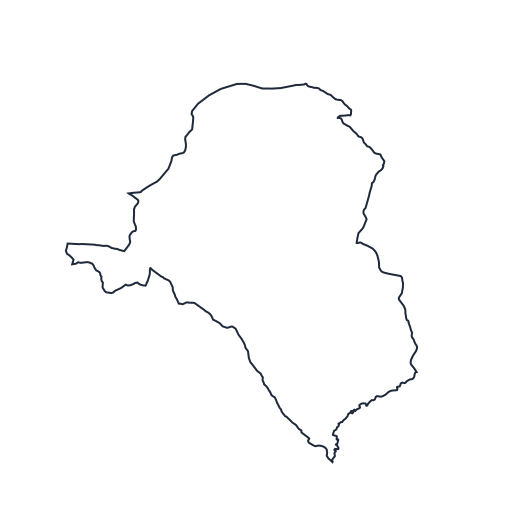 outline of Mandera North, North-Eastern, Kenya, rotated 105°
{"feature_id": "3690345B80624826839047", "entity_name": "Mandera North", "entity_type": "district", "adm_level": 2, "iso_a3": "KEN", "parent_name": "Kenya", "parent_adm1": "North-Eastern", "projection": "orthographic", "projection_center": [40.826, 3.604], "detail": "fine", "context": "isolated", "style": "outline", "palette": "slate", "viewbox_px": 512, "rotation_deg": 105, "n_neighbors": 0, "source": "geoboundaries", "source_scale": "gbopen_adm2", "svg_char_len": 6069}
<svg xmlns="http://www.w3.org/2000/svg" viewBox="0 0 512 512"><g transform="rotate(105 256 256)"><path d="M84.2,212.3L83.4,214.4L83.9,217.1L84.0,219.7L82.4,223.3L81.1,225.5L81.0,228.7L79.2,234.1L79.0,236.6L77.9,238.5L77.8,240.2L78.5,243.7L78.4,246.0L78.6,248.3L78.4,249.8L77.5,251.3L76.8,251.6L76.7,252.7L78.0,254.1L78.5,255.7L79.3,257.6L80.6,262.1L81.2,262.9L87.4,275.6L90.1,283.7L92.6,293.4L92.2,302.3L92.4,310.5L94.7,318.9L103.7,333.2L112.8,342.8L123.9,351.4L132.4,355.2L135.5,355.0L137.5,352.9L138.7,352.4L141.5,351.8L150.0,350.5L150.9,350.8L153.0,352.2L159.3,355.0L161.7,354.6L166.2,352.6L168.5,352.0L170.5,351.8L172.6,351.8L174.8,352.5L176.0,354.3L176.8,356.0L177.6,357.3L178.5,358.2L180.4,362.0L182.5,362.6L186.3,362.3L194.5,363.2L198.0,364.9L206.8,369.0L209.7,370.8L214.2,375.6L218.3,379.5L222.6,383.2L223.9,383.7L224.5,384.7L226.5,390.3L228.5,395.2L229.0,393.9L229.2,392.4L232.1,385.2L232.7,384.1L234.3,383.7L235.7,383.8L239.8,385.7L242.5,385.9L247.3,384.6L253.7,383.2L255.3,382.3L258.5,379.8L260.8,378.9L261.8,378.8L263.0,379.0L263.8,380.8L265.1,382.0L268.2,383.2L269.8,383.3L272.8,382.2L274.2,381.4L275.7,381.2L277.7,381.4L285.4,384.5L285.5,389.3L285.1,391.9L285.5,394.3L285.6,397.6L284.8,400.5L284.8,402.9L285.9,406.7L286.2,410.5L286.8,412.8L286.8,414.7L289.5,427.4L290.4,430.0L292.5,440.2L292.8,441.2L296.5,440.9L300.3,440.9L302.7,439.2L303.7,436.4L305.1,433.7L306.8,431.3L311.6,431.4L309.9,427.7L308.2,426.4L308.1,426.1L308.0,423.5L305.6,417.5L305.4,415.6L305.8,412.2L307.0,410.6L309.2,408.9L311.2,406.7L311.8,403.9L312.3,402.8L313.2,402.0L314.8,401.3L315.4,400.8L315.9,399.9L318.3,399.5L320.0,398.6L321.4,397.0L325.2,396.3L326.3,395.9L329.2,392.8L329.8,391.1L329.2,385.9L328.1,384.4L326.0,383.1L322.0,378.2L317.3,374.4L317.7,372.8L317.3,371.1L316.7,369.6L314.4,366.7L313.2,365.7L312.9,364.6L312.3,363.8L313.1,362.2L313.6,360.1L313.6,357.3L313.2,355.0L312.0,354.7L309.7,354.6L308.9,354.2L302.0,353.9L300.4,354.0L297.0,354.9L295.2,355.0L295.0,354.7L295.8,353.4L296.7,351.5L300.4,342.0L300.6,340.1L301.5,338.7L301.5,337.9L301.7,337.3L302.1,334.2L303.0,332.4L307.7,328.4L311.0,327.3L314.4,324.4L316.2,323.4L318.3,321.2L322.0,318.3L322.0,318.0L321.6,316.6L321.6,314.4L319.0,311.3L318.6,310.5L318.4,308.5L317.4,304.5L317.4,303.0L321.2,292.8L322.4,290.2L322.9,288.0L323.5,286.4L324.2,285.1L325.3,283.6L328.6,281.0L329.2,277.8L330.1,274.3L330.6,273.1L332.5,270.2L332.8,267.2L332.8,265.4L332.4,264.4L330.6,261.8L330.3,260.5L331.1,257.9L331.6,256.8L332.6,255.9L335.7,253.3L337.0,252.0L339.6,248.7L342.3,245.9L344.2,244.2L347.6,242.2L349.6,239.6L350.5,238.9L356.4,236.5L360.1,233.9L361.6,231.7L366.8,225.0L368.2,221.3L370.7,219.0L371.4,218.0L372.3,217.8L373.4,217.8L375.1,217.0L376.2,215.8L377.7,215.1L379.2,212.3L380.9,210.1L381.9,209.3L384.2,206.7L386.2,205.3L386.8,204.2L387.7,201.2L390.5,198.9L392.4,197.7L393.6,196.4L396.7,193.7L397.7,192.2L399.3,191.2L400.7,189.8L402.2,187.6L403.3,186.3L403.3,185.0L407.4,177.8L408.9,173.6L411.9,170.0L412.7,167.1L414.7,166.4L418.2,157.7L418.7,157.3L419.4,157.7L421.3,157.8L422.7,156.5L423.5,153.6L423.9,152.5L424.3,150.1L424.3,149.2L423.4,147.6L422.8,146.1L422.5,143.8L422.7,141.0L423.6,138.9L424.7,137.6L426.3,136.9L427.7,136.3L430.7,136.0L432.6,133.9L435.3,128.8L434.7,128.7L434.4,129.0L434.2,129.7L433.8,130.0L428.8,128.0L426.1,129.2L425.3,129.1L424.4,128.5L423.9,128.4L423.6,128.6L423.2,130.0L422.6,130.1L421.9,129.8L421.7,129.3L421.5,127.2L421.2,126.6L420.6,126.5L420.0,126.7L417.9,128.8L417.6,130.0L417.2,130.0L416.4,128.9L412.9,128.9L412.0,129.1L412.0,129.7L412.4,129.9L412.3,130.6L409.5,131.2L409.1,131.5L409.0,135.3L408.8,135.5L405.3,135.4L404.7,135.3L402.9,133.7L402.3,133.4L400.5,133.4L399.1,132.3L397.7,132.2L397.2,132.3L396.9,132.8L396.5,132.9L395.8,132.0L394.6,131.1L394.1,129.8L392.2,129.1L389.9,127.4L386.9,126.1L384.5,125.9L383.2,124.4L381.6,124.2L381.2,124.0L380.9,123.4L380.9,123.0L382.9,122.7L383.1,122.5L383.0,122.2L381.9,121.6L379.6,121.7L379.2,121.5L379.0,121.2L379.2,120.7L379.7,120.4L379.9,120.0L378.0,118.9L376.2,116.6L375.1,116.4L373.9,117.5L373.2,117.5L371.7,116.3L370.8,115.1L370.1,112.1L370.4,111.7L372.0,110.7L371.9,110.1L371.2,109.8L369.4,109.4L366.4,107.8L365.2,106.7L365.0,105.3L363.8,104.1L361.0,103.8L360.0,102.8L359.8,100.6L359.5,98.8L358.5,97.2L356.9,95.5L355.4,94.3L353.6,93.2L352.4,92.2L350.9,90.1L349.1,85.1L347.9,84.9L346.6,85.8L345.8,85.8L344.8,83.5L343.6,83.2L341.6,83.2L341.0,82.7L340.4,81.8L340.3,79.5L339.5,78.6L338.4,78.3L337.4,77.4L335.5,75.6L334.3,72.9L331.9,71.9L328.4,72.2L327.1,71.8L326.6,70.8L323.8,73.8L321.8,76.6L320.3,78.4L318.9,79.1L316.4,79.4L311.8,78.6L306.2,76.8L303.8,76.6L302.5,76.8L301.3,77.4L299.5,79.4L297.7,80.9L295.8,82.1L294.4,84.0L293.5,84.7L291.9,85.2L290.5,85.2L289.3,85.7L287.4,87.2L285.1,88.5L281.1,91.2L279.8,91.7L279.1,92.4L279.1,92.9L278.7,93.9L278.3,94.1L277.2,94.8L272.7,96.8L268.9,98.0L265.8,100.5L261.2,106.5L260.0,107.1L258.9,107.1L254.2,105.5L248.2,106.0L244.1,107.0L242.4,108.0L239.7,109.1L238.9,109.6L237.9,111.0L238.8,122.8L238.9,127.7L238.8,129.4L238.2,131.0L237.1,132.4L235.2,134.1L230.9,135.4L229.0,136.2L224.1,138.9L221.5,141.0L219.9,143.1L218.6,145.4L217.3,150.8L216.7,155.6L215.9,158.3L216.2,159.5L217.2,160.9L217.3,162.2L210.7,162.8L207.3,162.9L202.0,160.2L200.5,159.7L191.9,158.7L190.7,159.5L187.1,163.1L185.7,163.6L184.4,163.8L183.1,163.6L181.3,162.6L167.8,162.4L166.3,162.6L158.0,162.4L155.7,162.9L154.3,161.8L152.2,161.3L151.2,161.2L147.9,161.3L146.8,161.1L145.4,160.6L144.1,159.9L143.0,159.5L140.6,157.4L138.5,156.4L136.2,156.2L135.6,156.8L135.1,156.9L134.6,156.6L133.6,156.4L131.2,156.6L128.4,160.0L125.7,162.2L126.0,166.8L125.5,168.7L123.7,170.8L122.4,172.7L121.3,174.7L121.2,177.1L119.7,178.9L119.0,180.3L118.2,181.4L115.3,183.2L114.7,183.9L114.1,185.1L114.0,187.7L113.9,188.1L112.3,190.0L111.3,191.7L110.2,194.2L107.0,198.8L106.3,202.1L105.3,205.8L104.3,207.0L102.0,208.5L101.1,209.7L101.0,211.1L101.5,212.7L101.0,212.8L98.9,211.2L97.2,206.0L96.0,203.2L95.8,201.3L94.6,201.0L90.8,201.7L90.3,202.0L89.9,202.6L89.5,203.9L87.4,207.2L86.6,209.4L85.1,211.5L84.2,212.3Z" fill="none" stroke="#1e293b" stroke-width="2"/></g></svg>